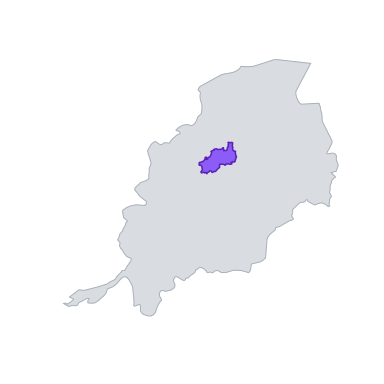 location of Uruzgan within Afghanistan, rotated 168°
{"feature_id": "AFG-1752", "entity_name": "Uruzgan", "entity_type": "Province", "adm_level": 1, "iso_a3": "AFG", "parent_name": "Afghanistan", "parent_adm1": "", "projection": "robinson", "projection_center": [66.006, 32.797], "detail": "fine", "context": "in_parent", "style": "filled", "palette": "violet", "viewbox_px": 384, "rotation_deg": 168, "n_neighbors": 0, "source": "natural_earth", "source_scale": "10m", "svg_char_len": 7417}
<svg xmlns="http://www.w3.org/2000/svg" viewBox="0 0 384 384"><g transform="rotate(168 192 192)"><path d="M167.8,106.8L175.2,106.2L180.1,107.1L182.7,109.6L185.3,110.2L187.8,109.0L189.3,108.8L189.9,109.5L191.2,109.9L193.1,109.8L194.2,110.4L194.4,111.9L195.9,113.8L198.4,116.1L200.7,116.6L203.6,114.9L204.6,115.1L205.1,114.5L205.4,113.2L207.2,112.0L210.5,110.8L212.3,109.8L213.0,109.0L214.1,108.7L215.3,109.0L216.1,108.7L216.8,107.5L217.9,107.1L218.9,107.3L223.5,111.5L225.3,112.7L226.1,112.5L228.3,110.2L228.6,108.2L227.9,105.5L228.3,103.3L229.8,101.7L232.5,100.6L236.5,100.3L239.0,100.5L239.9,101.3L241.1,101.8L242.7,101.9L244.1,100.9L245.3,98.9L245.3,96.4L244.2,93.4L244.4,92.4L246.4,90.9L248.5,88.7L250.6,85.8L252.5,82.3L254.9,80.1L257.8,79.2L261.4,80.2L265.6,82.9L267.2,86.3L266.3,90.4L266.2,92.6L267.1,93.0L271.8,92.2L272.5,92.8L272.4,93.9L271.8,95.6L271.0,100.4L269.8,112.2L271.9,119.2L273.4,122.0L274.8,122.9L276.2,123.2L277.6,123.0L280.5,121.2L284.7,117.9L288.9,115.8L295.0,114.7L297.0,111.1L299.8,108.8L306.1,105.3L309.6,103.9L311.6,103.7L316.6,105.0L316.9,106.1L316.6,107.2L315.2,108.2L314.8,108.9L315.3,109.5L317.3,109.6L325.8,107.2L327.7,105.1L329.5,105.0L333.1,105.9L335.9,105.6L337.4,106.5L340.8,109.6L339.7,109.8L338.2,109.2L337.3,108.2L333.9,109.5L330.2,111.5L330.3,112.0L333.7,114.8L326.7,118.0L323.6,119.7L322.8,119.8L318.0,118.2L304.6,118.7L294.4,119.6L290.5,121.2L286.8,122.0L284.9,122.8L283.7,124.5L278.1,128.2L277.1,129.5L274.0,129.4L270.8,132.9L266.2,137.2L265.2,139.2L266.0,140.2L268.5,141.8L269.7,143.2L271.6,147.3L272.3,150.2L273.5,151.5L274.1,154.9L273.0,156.9L273.1,157.9L274.7,160.5L274.3,161.3L273.1,162.5L271.3,165.9L268.0,168.4L266.7,170.6L264.4,173.0L263.4,175.0L262.4,176.2L261.3,176.8L261.6,177.9L262.6,179.2L264.1,180.8L264.1,187.0L263.3,188.7L259.1,190.4L255.1,191.2L250.1,191.2L248.2,190.9L241.3,188.7L239.1,189.8L238.7,192.5L242.7,197.0L244.4,199.4L246.2,203.6L247.6,205.7L247.1,207.7L240.0,212.1L235.5,212.5L232.7,213.3L231.3,214.4L230.4,219.0L229.4,220.8L229.4,222.8L228.5,225.1L227.0,226.6L226.0,229.0L227.0,241.4L222.9,246.3L220.6,248.1L218.4,248.9L216.6,248.6L214.3,245.8L212.7,244.7L211.1,244.9L209.4,245.9L206.9,245.6L204.6,244.6L203.5,244.7L202.9,245.7L200.5,247.8L194.7,251.0L192.3,251.3L191.3,252.1L191.7,253.4L192.8,254.5L194.6,255.3L194.7,256.1L191.7,257.8L188.7,258.9L185.2,259.3L181.6,258.7L179.8,257.2L177.6,257.1L175.6,258.1L173.5,259.9L170.7,264.2L166.5,266.9L165.5,269.6L164.2,274.5L164.6,281.6L164.1,284.8L163.2,286.9L163.4,288.5L164.8,290.4L164.2,291.6L163.0,293.0L161.9,293.7L139.0,300.6L135.3,300.8L133.4,300.5L126.9,300.5L124.2,301.0L121.5,301.9L119.5,303.1L117.9,304.8L115.2,303.8L106.7,302.1L83.6,304.4L81.4,303.9L49.2,293.1L69.4,268.9L70.0,266.9L70.1,262.9L68.9,257.6L66.9,255.2L49.3,252.4L48.8,248.2L49.1,246.4L48.8,242.9L48.9,240.1L49.7,235.6L49.8,233.6L44.5,213.4L44.6,211.4L47.9,206.8L52.1,202.3L51.9,201.5L49.9,201.0L46.7,200.9L45.0,200.2L43.7,199.0L43.2,197.1L44.1,193.9L43.4,187.6L46.7,182.3L51.9,182.0L49.3,178.1L48.8,177.7L48.6,177.1L48.9,176.4L50.2,176.2L53.3,173.7L53.5,172.3L56.0,168.7L55.9,167.0L57.6,162.7L56.7,159.9L56.6,158.3L58.5,157.3L59.7,153.3L60.4,152.3L60.5,151.3L60.1,149.7L61.9,149.4L63.4,151.5L65.9,153.7L67.5,154.3L69.5,154.6L74.1,153.9L75.0,154.0L79.7,157.9L80.5,158.8L80.9,160.4L81.6,160.8L83.3,159.3L84.9,158.8L87.9,159.3L89.5,158.7L97.2,154.0L97.8,151.0L98.6,149.2L99.6,148.2L98.4,144.7L98.9,144.0L99.9,143.7L102.4,143.7L114.0,139.9L117.1,139.9L117.7,139.6L117.9,138.6L118.8,137.4L124.3,134.6L127.5,131.8L128.6,129.6L133.8,112.1L136.6,110.6L139.5,109.5L149.0,109.2L150.8,103.8L151.7,102.5L153.3,101.3L160.4,105.1L167.8,106.8Z" fill="#d9dde1" stroke="#a8b0b8" stroke-width="1"/><path d="M175.5,207.9L175.8,208.7L176.3,208.8L178.5,208.7L178.8,208.8L179.0,209.2L179.1,209.6L179.1,209.8L179.0,210.0L178.6,210.2L178.5,210.3L178.4,210.5L178.1,210.9L177.4,211.4L177.3,211.5L177.2,211.9L177.2,212.0L177.1,212.4L177.2,213.1L177.2,213.3L177.1,213.7L177.1,214.1L177.2,215.0L177.3,215.4L177.4,215.8L177.6,216.1L177.8,216.2L178.0,216.4L179.1,216.6L179.3,216.7L179.2,218.2L179.2,218.3L179.1,218.6L178.9,219.0L178.7,219.2L178.4,219.3L178.2,219.4L177.9,219.3L177.7,219.3L177.5,219.1L177.3,219.1L177.1,219.1L176.7,219.4L176.5,219.5L175.9,219.5L175.3,219.5L175.0,219.6L174.8,219.7L174.6,219.8L173.3,220.7L172.9,221.0L172.6,221.3L172.2,221.8L172.1,222.0L172.2,222.4L172.2,222.6L172.1,222.8L171.8,222.9L171.3,223.2L171.1,223.2L170.9,223.2L170.7,223.1L170.7,222.9L170.7,222.7L171.2,221.3L171.2,221.1L171.2,220.9L170.8,220.8L169.9,220.9L169.3,222.1L168.9,222.4L167.9,222.5L166.9,223.0L166.7,223.2L166.5,223.6L166.2,224.0L165.2,225.1L165.0,225.4L165.0,225.6L165.0,226.0L164.7,226.7L164.7,226.9L164.7,227.0L164.8,227.3L165.0,227.5L164.5,227.9L164.4,228.0L164.2,228.1L162.8,228.3L162.6,228.4L162.3,228.3L162.2,228.2L161.8,228.3L161.8,228.6L161.8,228.8L161.8,229.0L161.7,229.1L160.9,229.3L159.6,229.2L159.3,229.2L159.1,229.2L158.9,229.1L158.8,228.9L158.5,228.6L158.5,228.4L158.4,228.3L158.1,228.2L157.2,228.1L156.1,228.0L155.7,227.9L155.1,227.9L154.3,227.7L154.1,227.6L153.7,227.7L153.5,227.8L153.4,227.8L153.3,228.0L153.0,228.4L153.0,228.6L152.9,228.6L152.7,228.8L152.3,228.8L152.2,228.8L152.1,228.7L152.2,227.9L152.1,226.5L152.1,226.1L152.2,225.9L152.2,225.7L151.7,225.7L151.5,225.8L149.9,225.5L149.7,225.5L149.4,225.7L148.6,226.7L148.4,227.0L148.3,227.3L148.2,227.7L148.2,228.0L148.0,228.3L147.8,228.6L147.7,228.7L147.3,228.9L146.9,229.0L146.8,229.3L146.8,229.5L146.8,230.1L146.9,230.6L146.8,230.8L146.6,230.9L146.5,231.0L146.4,231.2L146.3,231.6L146.2,231.8L146.1,232.0L146.5,232.8L146.4,232.9L146.2,232.9L145.9,233.0L145.6,232.9L145.3,232.8L144.5,232.3L144.2,232.2L143.1,232.3L142.8,232.3L142.6,232.2L142.3,231.8L142.1,231.7L142.4,230.3L142.6,229.8L142.8,229.5L142.8,229.3L142.9,229.2L142.9,228.8L143.0,228.6L143.0,228.3L142.9,227.7L142.8,227.3L142.7,227.2L142.8,226.9L143.2,226.4L143.3,226.1L143.4,225.9L143.3,225.5L143.2,225.1L143.0,223.9L142.9,223.7L142.6,223.6L142.4,223.4L142.3,223.2L142.2,223.1L141.8,223.2L141.7,223.2L141.4,223.0L141.2,222.9L141.0,222.7L141.3,221.9L141.6,220.6L141.5,220.4L141.5,220.2L141.4,220.1L141.4,219.8L141.4,219.6L141.6,218.6L141.7,218.4L141.6,218.2L141.5,217.9L141.3,217.8L141.2,217.7L141.1,217.4L142.4,215.1L142.6,214.8L142.9,214.6L143.2,214.2L143.3,214.0L143.3,213.9L143.3,213.7L143.2,213.4L143.3,213.3L143.4,213.2L143.9,212.7L144.0,212.6L144.5,212.6L145.2,212.7L145.8,213.1L146.0,213.2L146.2,212.9L146.3,212.8L146.4,212.7L146.7,212.6L146.9,212.7L147.1,212.8L147.4,213.0L147.5,213.0L147.6,212.9L147.5,212.7L147.3,211.9L147.2,211.4L147.2,211.2L147.4,211.1L149.0,211.2L149.3,211.3L149.5,211.3L150.9,212.2L151.0,212.3L151.2,212.2L151.6,212.1L151.8,212.0L152.1,212.0L152.3,212.0L153.0,212.2L153.3,212.0L153.6,211.6L153.8,211.4L154.0,211.3L154.3,211.5L155.1,212.3L155.6,212.6L158.2,213.2L158.9,213.4L159.2,213.3L159.3,213.3L159.4,213.1L159.5,212.9L159.5,212.6L159.5,212.4L159.5,212.2L159.8,210.8L159.9,210.4L160.0,210.2L160.8,209.8L161.2,209.7L161.8,209.4L164.3,207.5L164.7,207.3L165.0,207.2L165.3,207.2L165.7,207.4L165.9,207.5L166.2,207.5L166.5,207.4L167.5,207.0L167.8,206.9L168.1,206.9L168.2,207.0L168.5,207.5L168.6,207.9L168.6,208.0L168.9,208.5L169.2,208.8L169.8,209.0L171.3,208.2L171.8,208.0L172.3,208.0L172.6,207.9L172.8,207.7L173.1,207.5L173.5,207.0L173.6,206.9L173.8,207.0L173.8,207.5L173.9,208.0L174.0,208.1L174.5,208.1L174.8,208.1L175.5,207.9Z" fill="#8b5cf6" stroke="#5b21b6" stroke-width="1.5"/></g></svg>